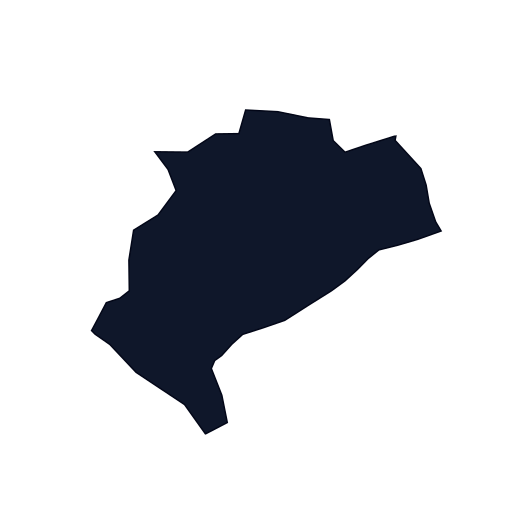 the District of Culfa, rotated 33°
{"feature_id": "AZE-2421", "entity_name": "Culfa", "entity_type": "District", "adm_level": 1, "iso_a3": "AZE", "parent_name": "Azerbaijan", "parent_adm1": "", "projection": "mercator", "projection_center": [45.691, 39.149], "detail": "fine", "context": "isolated", "style": "filled", "palette": "ink", "viewbox_px": 512, "rotation_deg": 33, "n_neighbors": 0, "source": "natural_earth", "source_scale": "10m", "svg_char_len": 836}
<svg xmlns="http://www.w3.org/2000/svg" viewBox="0 0 512 512"><g transform="rotate(33 256 256)"><path d="M308.0,79.3L309.7,83.3L346.7,92.9L360.1,103.9L372.5,117.4L388.1,129.5L397.6,134.2L382.5,154.0L369.3,169.4L355.7,184.0L351.4,197.2L348.4,211.9L344.2,228.3L338.2,244.1L326.6,269.1L315.2,294.2L301.6,311.7L287.5,329.0L283.8,343.0L281.4,358.2L278.3,366.1L279.8,374.7L303.2,391.4L322.6,411.3L310.7,432.4L310.5,432.6L310.4,432.7L277.0,419.5L218.9,418.9L181.7,409.8L163.6,409.2L158.7,408.1L158.7,407.9L157.6,395.0L155.9,376.6L164.8,365.6L168.7,354.2L151.6,328.6L139.3,301.0L151.5,275.0L153.4,244.6L135.1,231.3L114.4,223.7L142.1,206.1L155.7,175.6L175.0,162.7L167.8,139.2L195.7,123.1L224.3,111.9L243.2,101.6L257.9,117.2L274.1,120.5L287.8,103.2L306.9,80.1L307.8,79.5L308.0,79.3Z" fill="#0f172a" stroke="#020617" stroke-width="1.5"/></g></svg>